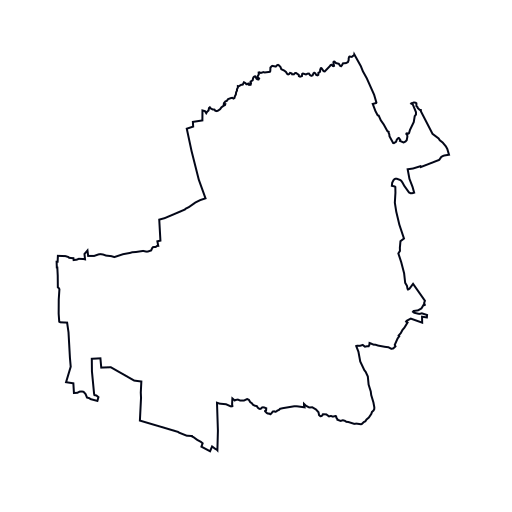 Arcani, Gorj, Romania, rotated 263°
{"feature_id": "2599482B98207441284100", "entity_name": "Arcani", "entity_type": "district", "adm_level": 2, "iso_a3": "ROU", "parent_name": "Romania", "parent_adm1": "Gorj", "projection": "equal_earth", "projection_center": [23.138, 45.073], "detail": "fine", "context": "isolated", "style": "outline", "palette": "ink", "viewbox_px": 512, "rotation_deg": 263, "n_neighbors": 0, "source": "geoboundaries", "source_scale": "gbopen_adm2", "svg_char_len": 6047}
<svg xmlns="http://www.w3.org/2000/svg" viewBox="0 0 512 512"><g transform="rotate(263 256 256)"><path d="M437.6,285.8L437.1,283.1L437.9,281.8L437.8,281.0L435.9,280.9L434.2,279.5L433.1,279.7L431.8,280.7L430.9,280.0L431.2,278.9L431.8,278.2L434.4,277.1L434.4,276.4L433.9,275.5L432.9,274.8L430.8,274.1L429.8,271.9L428.0,272.1L426.6,271.5L426.7,270.0L428.1,269.9L428.1,269.2L427.5,268.0L427.7,267.3L428.8,266.7L429.9,265.2L427.7,263.7L427.7,262.1L426.5,259.4L426.8,258.7L425.3,258.5L423.8,257.4L422.5,257.3L420.9,256.2L418.8,255.7L417.1,254.5L415.4,253.8L415.0,252.8L415.9,251.7L415.8,250.3L415.1,247.4L413.5,245.9L413.2,244.5L411.6,242.8L410.9,242.6L410.5,244.0L409.6,243.6L409.3,242.9L409.4,242.2L408.8,241.7L407.8,239.8L406.1,238.3L404.9,236.0L404.6,234.7L405.1,233.3L406.4,232.6L406.7,230.9L408.1,228.9L409.2,228.3L408.6,227.4L406.2,226.6L405.1,225.0L403.8,224.0L406.0,223.0L407.0,220.6L397.1,219.3L396.8,209.7L392.1,209.4L390.8,202.8L368.2,204.8L338.8,208.5L319.4,212.9L318.3,207.5L316.5,202.4L312.7,195.3L311.5,191.9L310.8,191.1L304.7,169.9L303.9,164.4L282.9,163.0L282.6,159.9L278.0,160.2L278.1,159.1L277.2,157.5L277.4,155.0L276.6,154.0L274.3,152.6L273.6,149.2L273.7,147.7L274.8,144.6L274.6,137.4L274.8,133.6L274.4,131.3L274.0,124.3L272.2,115.3L273.5,112.3L274.7,107.2L276.1,104.4L276.8,101.9L276.8,100.0L275.8,95.4L276.5,89.4L282.0,89.4L278.9,86.0L273.5,85.9L274.0,84.5L274.8,79.8L274.2,77.6L274.2,74.5L276.1,74.5L276.3,73.2L277.0,70.3L277.8,69.7L279.1,66.9L280.3,59.4L274.5,58.4L274.6,57.4L268.9,56.9L268.8,57.4L260.5,56.8L249.1,55.5L247.8,56.6L246.8,56.8L236.8,54.9L222.8,53.1L215.0,52.7L214.6,52.8L214.0,53.9L212.9,60.4L203.1,60.6L177.5,58.9L168.7,58.6L153.9,52.1L151.9,59.2L142.2,58.6L142.0,62.0L142.9,64.5L142.7,66.8L142.2,68.3L139.8,70.0L136.1,71.0L135.2,73.2L134.1,74.4L131.5,80.9L135.1,82.4L137.0,80.6L137.6,78.7L139.0,78.5L161.5,79.1L174.0,80.5L173.4,89.1L164.1,88.8L163.3,98.3L147.2,119.9L145.4,126.9L134.5,125.0L129.2,124.6L106.8,120.7L90.9,157.2L90.0,158.2L86.1,165.3L85.1,170.6L84.4,170.8L83.9,171.8L80.6,175.3L78.3,178.6L76.6,180.2L73.4,178.6L67.8,186.6L72.3,189.2L69.5,192.1L68.6,193.5L67.9,194.0L87.2,196.9L115.1,199.4L113.9,201.9L112.5,208.2L109.9,212.5L109.7,213.8L109.9,214.3L111.8,214.2L117.5,215.2L115.2,217.3L115.6,218.1L115.7,220.5L114.5,222.6L114.0,226.4L115.1,229.8L114.1,231.4L111.6,232.5L110.4,233.9L108.7,234.9L107.6,236.5L106.9,238.5L105.2,239.3L103.9,240.7L103.7,241.5L104.0,242.5L104.8,243.3L105.0,244.3L104.7,245.6L103.6,247.6L101.6,247.2L101.2,246.2L100.8,246.1L98.8,247.6L98.0,248.9L98.1,249.7L97.2,250.9L97.6,251.7L99.6,253.8L99.6,255.2L99.0,256.1L99.3,257.4L99.9,258.2L100.5,260.2L101.4,261.2L101.7,264.1L102.2,275.7L101.8,278.5L99.9,285.7L101.9,285.4L103.4,285.6L101.4,287.2L99.4,290.0L99.1,290.9L99.0,293.4L96.4,296.8L93.3,299.0L90.4,299.2L89.1,300.4L89.2,301.6L90.0,302.7L90.7,303.0L90.7,303.7L90.2,306.5L87.9,308.9L88.1,310.9L87.2,312.7L87.5,315.5L87.1,316.0L85.7,316.0L84.5,316.8L83.6,316.8L82.0,319.9L82.4,322.2L81.6,324.1L80.4,325.5L80.0,327.4L77.4,333.1L77.4,335.3L76.2,339.7L76.4,340.6L78.0,342.7L78.6,344.4L80.2,345.7L81.9,348.3L85.2,351.2L87.1,352.1L88.3,353.8L89.6,354.7L91.3,355.0L96.3,354.7L104.0,353.4L107.5,353.4L114.6,352.1L122.8,352.3L127.7,350.7L129.5,349.6L138.6,346.6L148.5,346.0L154.4,344.5L154.6,345.4L154.2,348.3L154.7,351.1L152.7,353.1L152.9,355.1L152.7,356.8L154.0,357.7L155.8,358.1L153.7,361.9L153.4,363.7L152.2,366.3L150.1,373.0L149.3,376.3L147.4,379.0L147.5,380.9L149.3,383.4L150.9,382.9L156.9,386.5L158.9,388.4L159.7,387.9L161.8,390.3L164.8,392.4L166.7,394.5L171.5,398.3L172.6,397.0L173.3,397.6L175.0,402.0L169.6,412.8L175.5,413.4L174.2,418.1L176.6,418.6L178.9,413.6L178.6,411.4L178.9,410.1L180.4,406.1L181.5,405.0L182.2,405.7L182.3,410.2L183.8,413.8L187.0,416.3L186.7,417.2L186.9,417.6L188.7,417.1L191.0,418.2L209.2,408.5L204.8,404.3L204.2,402.8L205.0,402.4L208.0,402.2L211.2,400.8L220.8,400.9L232.1,399.4L241.2,397.6L243.5,399.5L246.7,399.8L253.1,401.2L255.3,405.0L269.6,402.1L283.0,400.6L292.0,400.3L301.8,402.1L307.5,402.7L308.1,402.2L309.1,399.4L312.1,400.1L314.5,401.7L315.4,402.8L315.7,403.8L315.5,405.2L313.9,408.3L313.0,409.3L311.1,410.3L307.6,411.7L300.4,415.6L299.4,417.2L299.3,419.1L299.6,420.7L305.5,419.8L313.9,417.7L323.6,417.1L323.7,422.5L325.1,430.2L324.2,430.4L329.1,449.6L331.8,452.0L332.5,453.8L332.8,455.1L333.0,459.9L339.0,458.9L341.7,457.8L345.9,455.1L348.5,452.5L350.4,451.6L355.7,446.1L379.5,437.3L380.8,437.4L381.1,436.3L383.1,434.6L384.0,434.5L385.2,433.5L388.0,433.8L388.6,433.2L389.0,432.1L389.1,431.0L388.7,430.1L388.7,428.9L388.4,428.6L387.5,429.9L386.6,430.3L379.3,432.3L376.9,432.0L375.5,430.6L369.7,428.9L362.4,424.2L359.4,422.9L358.9,422.3L359.4,420.7L359.2,420.2L358.7,420.1L357.8,420.8L356.0,420.8L352.6,419.7L351.4,418.3L350.7,416.3L352.7,412.9L353.7,413.3L355.7,412.2L355.8,411.8L354.4,410.0L352.3,408.9L351.2,406.6L351.4,405.9L358.5,403.1L360.6,403.1L362.3,402.6L363.1,402.8L364.0,401.6L371.0,398.8L375.5,396.4L380.4,394.9L380.8,393.9L385.3,392.2L392.7,390.4L393.2,393.9L393.6,394.2L401.6,392.9L418.9,387.6L426.3,384.6L431.6,383.2L444.2,378.1L443.2,377.8L442.7,376.4L442.1,375.7L442.0,374.9L442.6,373.3L442.4,372.8L441.0,372.1L439.0,371.8L437.2,370.8L436.5,368.8L436.6,365.8L434.9,364.6L434.0,363.6L434.5,362.7L436.7,361.6L437.7,358.9L439.3,357.7L439.5,357.2L439.3,356.7L438.5,356.4L435.2,356.6L435.0,356.0L435.3,355.3L436.6,354.4L436.4,353.3L435.4,352.4L430.8,346.7L431.2,345.6L434.1,344.1L434.5,343.8L434.5,343.2L433.0,342.4L431.4,342.1L430.7,341.6L430.3,340.3L428.2,339.9L427.8,339.1L428.3,337.9L430.2,337.0L430.8,336.1L430.3,335.3L428.4,334.2L428.1,332.9L428.9,331.7L430.6,330.8L430.7,329.4L430.1,327.7L431.4,324.8L431.0,324.0L429.0,323.5L428.6,321.6L429.3,320.5L430.6,320.5L432.8,318.0L432.8,317.1L431.7,315.7L431.9,314.0L432.9,313.6L433.6,312.1L432.6,311.1L432.3,310.2L432.4,309.8L433.0,309.1L435.0,308.2L436.6,306.6L438.3,303.9L440.7,303.3L442.5,301.9L443.0,301.2L442.9,300.4L441.6,298.7L442.7,295.4L442.5,294.8L441.3,293.3L437.8,292.7L437.1,292.2L437.1,287.0L437.6,285.8Z" fill="none" stroke="#020617" stroke-width="2"/></g></svg>